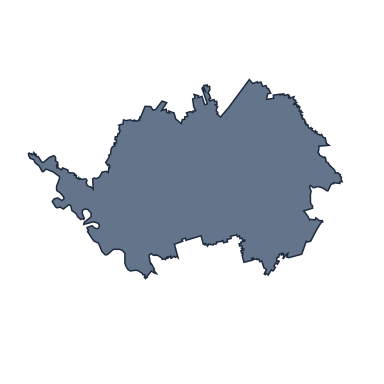 Acayucan, Veracruz, Mexico, rotated 345°
{"feature_id": "50627088B90009998079427", "entity_name": "Acayucan", "entity_type": "district", "adm_level": 2, "iso_a3": "MEX", "parent_name": "Mexico", "parent_adm1": "Veracruz", "projection": "robinson", "projection_center": [-95.057, 18.028], "detail": "fine", "context": "isolated", "style": "filled", "palette": "slate", "viewbox_px": 384, "rotation_deg": 345, "n_neighbors": 0, "source": "geoboundaries", "source_scale": "gbopen_adm2", "svg_char_len": 6015}
<svg xmlns="http://www.w3.org/2000/svg" viewBox="0 0 384 384"><g transform="rotate(345 192 192)"><path d="M237.5,110.6L237.2,108.4L232.6,108.6L232.5,106.6L234.2,106.5L233.9,101.9L233.1,100.4L235.9,97.5L236.3,94.5L234.0,94.0L234.4,92.6L231.1,92.1L230.6,93.5L229.3,93.6L229.2,94.8L230.6,95.1L230.9,98.2L228.6,95.6L229.7,110.8L226.8,111.0L226.4,102.2L222.4,102.5L223.3,100.8L219.2,98.3L219.5,101.9L216.7,102.3L215.7,110.0L216.6,114.4L213.9,114.1L213.7,115.4L211.1,113.9L207.1,114.1L207.6,117.7L204.4,117.6L203.8,119.9L201.3,119.6L199.4,123.2L195.2,117.3L195.1,111.0L190.5,107.8L190.5,109.9L188.3,108.5L188.5,105.3L183.7,105.4L190.7,99.2L186.6,96.4L178.3,102.9L175.4,102.6L174.3,98.8L168.8,97.1L161.6,106.7L161.0,106.2L160.0,108.8L159.7,108.2L157.3,109.4L154.9,107.6L154.4,108.7L150.9,106.3L146.8,106.0L144.5,104.6L142.9,108.4L138.6,108.5L139.2,109.2L137.5,112.8L138.6,113.8L136.5,116.9L135.6,116.5L134.0,119.6L132.3,118.7L131.1,121.5L132.6,122.2L131.3,125.1L129.6,124.3L129.0,125.9L130.0,126.3L129.4,127.5L126.9,127.6L125.9,128.6L124.8,129.9L123.2,134.4L121.1,134.9L121.3,136.5L116.2,141.3L117.6,144.5L118.5,143.9L119.2,144.6L119.0,146.5L118.4,147.5L118.0,146.9L116.0,151.6L114.5,149.8L110.3,149.5L106.5,153.5L103.0,154.4L101.2,153.1L99.5,153.6L97.3,163.7L95.8,160.9L94.1,160.3L92.5,158.4L92.2,155.8L93.6,153.6L92.8,151.8L88.5,151.2L87.8,150.1L86.3,150.6L86.3,148.6L84.9,149.3L83.9,147.9L84.5,146.2L83.0,145.6L83.9,145.1L82.8,143.2L78.4,141.6L77.5,140.8L77.8,138.6L73.2,135.2L71.7,136.8L68.5,133.4L67.9,133.7L68.0,132.0L68.8,132.6L68.7,131.4L69.5,131.3L68.7,130.4L69.6,130.1L70.0,128.7L68.2,126.4L69.1,124.1L68.9,122.2L67.7,121.1L63.4,121.6L55.8,125.0L54.6,124.0L52.5,117.8L51.5,117.9L50.5,116.8L51.1,115.5L49.9,115.5L50.4,114.8L49.5,113.1L49.0,114.5L47.2,114.5L47.2,113.6L46.7,113.9L44.7,112.2L43.8,112.8L43.8,114.8L44.2,117.5L47.4,119.7L48.2,123.5L51.2,127.4L52.5,133.4L53.7,133.9L56.4,132.3L57.8,132.6L63.4,137.0L68.0,142.8L67.6,144.5L62.6,151.5L61.8,154.6L61.8,155.7L64.1,158.2L66.7,163.4L66.7,165.3L64.2,166.6L60.7,162.9L56.9,163.0L54.5,165.1L56.5,171.3L57.7,172.4L60.7,172.5L63.4,175.2L69.0,172.7L70.5,172.8L71.3,174.2L71.2,178.9L74.4,182.7L75.1,186.2L77.4,189.8L78.6,189.3L80.4,190.5L81.1,189.7L80.5,184.2L81.4,181.4L84.2,180.7L86.7,181.8L89.0,186.1L88.0,189.9L80.0,193.4L79.0,195.3L89.1,195.3L93.2,197.8L93.9,200.5L92.5,202.5L91.1,202.9L88.7,201.8L86.8,198.7L81.5,199.1L81.2,200.0L82.1,201.9L81.7,202.9L80.9,202.9L81.0,203.7L83.5,211.4L84.7,214.1L88.4,217.2L89.6,226.1L91.9,230.3L94.0,230.6L101.3,227.0L107.4,228.7L109.9,230.8L111.3,233.8L108.8,243.3L108.8,245.8L109.9,250.0L111.9,252.3L117.5,253.0L119.7,254.2L122.9,257.6L123.1,259.3L124.9,259.6L125.0,260.7L123.9,262.1L124.5,263.3L124.9,262.6L125.4,263.2L126.8,262.7L126.5,262.1L132.3,257.8L134.1,260.0L136.5,261.6L134.7,257.3L135.7,256.8L134.1,250.5L133.4,250.6L134.0,242.7L134.8,241.6L136.7,241.0L138.3,243.1L139.6,243.6L140.9,243.2L141.2,244.0L142.4,244.2L145.9,248.1L145.7,249.3L148.0,249.5L148.9,250.5L150.0,249.1L150.9,249.6L150.8,248.3L152.1,248.3L152.0,249.4L154.8,248.4L154.3,251.1L154.8,249.8L155.6,250.4L158.0,249.5L159.0,250.8L160.4,250.2L161.5,251.9L161.5,237.9L170.2,237.2L169.6,236.0L170.2,236.0L170.2,235.0L173.7,234.9L173.6,237.1L189.4,236.6L189.4,245.4L191.4,245.3L191.0,246.5L192.4,246.2L193.0,248.3L194.6,246.7L198.6,248.6L199.6,247.7L201.6,248.6L202.8,247.7L202.9,246.7L207.4,247.4L209.3,246.9L209.3,249.3L213.5,249.3L213.5,246.9L217.8,247.0L217.8,244.8L224.2,244.9L224.2,247.0L226.4,246.8L226.3,249.5L229.0,249.5L228.3,249.5L228.3,251.9L230.5,251.9L230.5,253.1L226.2,253.1L226.2,254.3L225.4,254.3L225.9,254.7L224.1,254.3L224.1,256.6L226.2,256.7L226.2,259.1L225.1,259.1L225.4,259.9L227.3,260.6L227.0,261.5L224.1,261.4L224.1,263.8L225.4,263.8L224.5,266.2L224.0,266.2L224.0,273.4L232.4,273.5L232.4,271.6L234.1,271.6L233.6,273.2L237.3,273.2L237.3,274.2L239.3,274.1L239.4,276.9L241.5,276.8L241.8,283.8L243.9,286.0L240.6,289.7L241.4,290.8L242.6,289.9L244.1,291.9L248.5,287.8L249.7,289.2L250.6,288.8L253.1,286.3L251.9,284.7L254.5,282.3L255.8,283.9L258.2,281.6L257.9,280.9L255.9,280.8L257.0,277.3L259.0,277.3L260.2,274.7L262.3,274.6L262.0,276.0L263.0,275.8L262.9,274.5L264.2,274.6L264.4,275.8L263.4,279.1L262.7,279.6L263.0,279.9L266.6,276.9L268.7,276.1L266.6,279.4L268.7,280.5L281.9,280.5L289.6,269.2L290.1,270.1L293.8,270.3L303.5,259.8L308.9,254.9L310.6,254.7L310.4,253.3L307.9,252.8L304.8,249.0L303.8,250.8L298.9,248.9L298.3,249.4L297.7,245.7L295.1,239.1L304.3,238.9L304.8,236.5L303.7,234.0L303.9,232.3L305.7,225.2L307.3,222.0L306.8,217.5L307.5,216.8L308.0,216.4L310.5,219.4L314.5,219.2L317.0,220.4L319.8,222.4L322.5,225.7L323.7,226.0L328.3,220.5L331.1,220.5L331.3,219.7L337.0,222.0L337.4,220.4L339.7,221.0L339.3,218.1L340.2,216.5L339.2,214.8L339.8,213.8L337.8,211.1L335.5,210.8L335.4,207.7L331.5,201.1L331.0,198.8L329.5,197.8L329.8,194.0L329.3,192.6L328.5,193.0L324.5,189.2L324.8,188.0L323.9,186.2L325.1,184.8L326.5,180.6L336.5,182.4L334.5,179.9L334.7,174.2L332.8,173.2L332.1,169.9L330.5,170.4L330.1,169.5L329.5,169.6L327.7,167.5L328.1,166.4L327.0,166.6L327.5,166.1L327.0,164.7L325.8,165.5L323.8,163.2L324.7,161.9L323.7,161.7L323.6,160.6L322.2,161.0L321.3,160.1L321.3,157.1L319.6,156.8L320.2,155.9L319.0,154.7L319.9,153.9L319.1,153.2L319.5,152.0L319.0,150.5L317.9,150.4L318.1,149.1L317.4,148.2L318.6,146.4L317.9,146.0L317.5,146.9L317.2,143.9L319.1,143.5L318.2,142.7L318.4,141.6L316.6,141.5L318.2,137.8L317.0,136.1L316.9,137.3L315.6,137.5L315.4,134.0L312.9,133.9L313.7,132.8L315.9,132.5L315.1,132.0L315.9,130.4L313.8,128.3L315.2,126.4L309.8,126.5L309.6,125.2L310.9,124.9L310.5,123.4L309.9,122.7L306.1,122.8L306.1,121.0L304.8,121.4L304.6,120.6L302.3,121.1L302.4,120.3L295.6,119.5L295.1,122.6L288.0,121.9L290.4,116.8L293.6,116.9L292.6,111.9L291.5,111.7L290.9,108.3L287.6,108.4L287.1,103.6L283.6,103.5L283.5,102.5L278.7,102.9L276.5,98.2L249.4,119.8L239.0,127.0L236.3,123.1L237.2,122.8L237.5,121.7L236.5,120.6L236.8,118.5L238.9,116.2L237.0,113.8L238.9,113.7L239.3,110.8L237.5,110.6Z" fill="#64748b" stroke="#1e293b" stroke-width="1.5"/></g></svg>